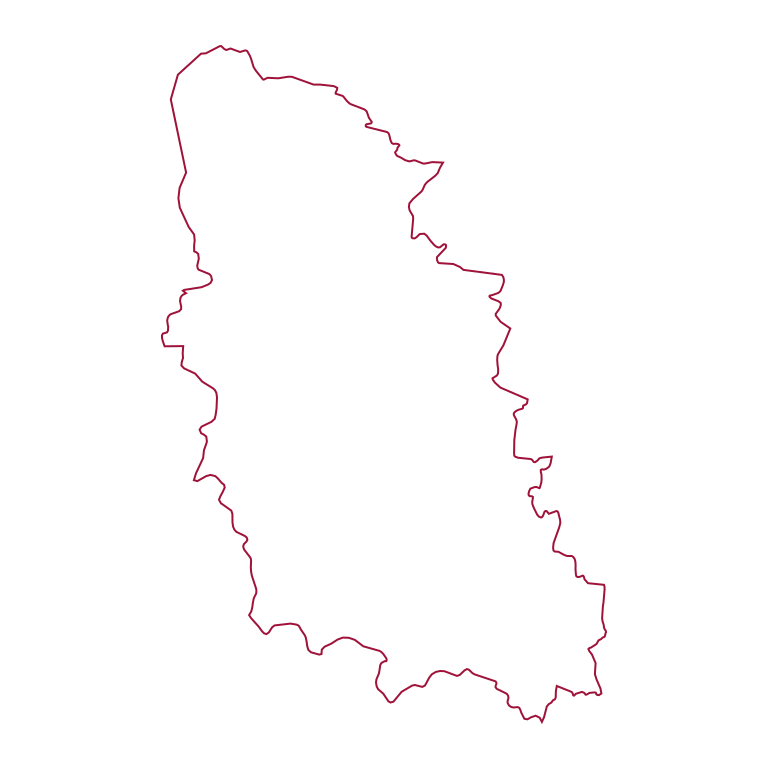 Pskov, Mercator projection
{"feature_id": "RUS-2335", "entity_name": "Pskov", "entity_type": "Region", "adm_level": 1, "iso_a3": "RUS", "parent_name": "Russia", "parent_adm1": "", "projection": "mercator", "projection_center": [29.766, 57.296], "detail": "fine", "context": "isolated", "style": "outline", "palette": "rose", "viewbox_px": 768, "rotation_deg": 0, "n_neighbors": 0, "source": "natural_earth", "source_scale": "10m", "svg_char_len": 6094}
<svg xmlns="http://www.w3.org/2000/svg" viewBox="0 0 768 768"><path d="M202.3,381.7L195.2,373.6L184.1,368.4L181.4,365.5L181.8,362.0L183.0,358.0L182.7,353.3L183.2,346.1L164.6,346.3L162.8,341.1L162.0,337.8L162.0,335.3L162.9,333.6L167.0,332.4L168.0,330.5L168.2,326.5L167.8,325.1L167.2,320.7L167.5,318.8L168.0,317.2L168.7,316.0L170.4,314.3L179.2,311.2L181.1,309.2L181.2,306.6L180.0,301.0L180.5,297.7L181.6,295.9L183.0,294.7L186.0,293.2L182.9,290.7L184.2,289.9L201.6,287.2L208.2,284.5L210.7,282.7L212.0,280.0L211.1,276.1L209.4,274.1L198.6,269.7L197.8,268.6L197.2,265.8L198.8,258.7L198.2,253.9L196.2,252.2L194.2,251.4L194.1,245.6L194.7,240.4L194.1,234.5L188.7,227.0L179.8,207.7L178.4,198.2L179.6,187.9L186.1,172.6L170.8,99.4L177.9,74.7L201.0,53.7L205.9,53.3L219.9,46.1L221.2,46.1L224.4,49.1L226.4,50.0L230.5,48.5L240.0,52.0L245.2,50.4L246.3,50.6L247.2,51.1L249.8,55.6L251.0,58.6L253.6,67.1L255.8,70.6L263.0,79.5L263.9,79.6L267.5,77.8L278.2,78.3L288.4,76.7L291.9,76.8L313.6,84.6L320.3,84.6L333.8,86.1L337.2,87.8L337.2,88.9L336.9,89.9L335.6,92.7L335.7,93.7L342.6,95.9L343.5,96.7L346.8,100.9L349.2,103.2L350.8,104.2L364.1,109.3L365.8,110.5L366.8,111.7L368.9,117.8L371.7,121.8L371.6,122.7L371.0,123.4L366.4,124.3L365.8,125.0L365.8,126.3L366.6,126.9L387.2,132.1L388.7,133.5L389.4,135.5L390.5,140.3L391.8,143.1L393.3,143.9L395.8,143.7L397.8,144.0L398.9,144.5L399.4,145.2L397.4,148.0L397.2,149.7L395.3,152.0L395.1,152.7L396.7,155.5L397.4,156.0L400.9,157.6L405.2,160.2L409.4,161.4L413.9,160.3L415.4,160.5L422.9,163.5L425.4,163.5L432.2,162.1L443.0,162.6L440.1,167.5L437.7,173.2L435.3,175.7L427.1,182.1L424.9,184.7L422.5,190.0L421.3,191.6L413.0,199.0L409.4,203.3L408.9,207.0L409.6,210.3L413.0,216.1L413.2,218.7L411.6,236.7L411.8,237.5L412.3,238.2L414.7,238.4L416.4,237.3L419.7,234.1L424.2,233.7L426.6,235.5L430.5,240.8L433.9,244.7L435.9,246.4L437.9,247.4L440.0,247.3L443.5,244.4L444.9,244.3L445.8,244.8L446.1,246.4L445.8,247.8L437.0,257.1L436.9,258.3L437.2,260.5L438.0,262.3L439.0,263.1L453.3,264.0L460.0,267.0L463.5,269.9L501.9,274.9L503.3,277.1L503.8,279.2L503.9,281.7L502.9,285.1L500.6,290.8L498.6,292.8L492.6,295.0L489.9,295.6L489.5,296.0L489.5,296.7L491.2,298.4L498.3,301.2L500.6,302.9L500.8,303.8L500.8,305.0L500.0,307.5L499.0,309.4L495.7,313.9L495.8,315.6L500.6,321.8L510.3,328.5L503.4,345.3L498.0,354.2L497.7,355.1L497.4,356.3L497.2,359.7L497.5,364.5L498.2,369.5L498.0,373.6L496.9,375.5L492.5,378.3L492.9,379.8L495.1,382.8L500.4,387.6L527.7,399.4L527.0,403.2L526.0,404.4L523.2,405.6L522.9,408.2L522.3,408.7L518.4,409.8L516.1,411.0L514.3,412.5L513.7,413.9L514.0,415.5L515.8,418.7L516.5,420.3L516.8,421.7L516.6,424.1L515.5,429.9L514.3,440.1L514.1,453.4L514.3,455.6L514.7,456.2L515.5,456.8L518.4,457.8L530.5,459.0L531.8,459.5L533.7,461.9L534.4,462.2L535.3,462.1L537.5,460.5L539.3,458.4L542.0,457.6L551.8,456.6L550.6,463.2L549.5,466.0L548.9,466.9L546.0,469.0L543.7,469.6L542.0,469.3L540.8,469.9L540.8,471.9L541.5,474.7L541.6,479.2L541.3,482.5L539.8,487.8L539.4,488.2L536.5,487.0L534.5,487.1L530.3,488.7L529.1,491.3L528.5,493.7L528.8,495.4L529.7,496.1L531.9,496.3L532.9,496.9L532.9,497.9L532.2,502.0L532.4,504.2L533.7,507.6L537.1,514.5L539.0,516.7L541.0,517.5L542.2,517.0L543.2,515.3L544.5,511.8L545.4,511.0L546.6,511.1L548.9,513.8L556.2,511.1L557.4,511.3L558.2,512.4L560.1,520.0L560.3,523.0L559.2,527.4L553.6,543.0L553.1,547.8L553.5,550.5L554.6,551.5L558.4,551.8L564.3,555.0L567.1,556.0L571.7,556.0L573.3,557.0L574.7,559.1L575.4,561.7L575.6,565.4L575.5,569.2L575.9,574.3L576.3,576.2L576.9,576.7L577.7,577.0L579.5,576.9L582.8,575.6L583.4,575.9L583.9,576.9L584.6,579.4L588.0,583.2L604.0,584.8L604.5,586.6L604.6,589.3L603.5,602.3L602.9,606.4L602.1,618.3L602.6,621.5L603.6,624.5L604.1,627.9L604.9,629.6L605.7,630.6L606.0,632.2L605.5,633.4L605.0,635.7L604.6,636.7L602.6,637.6L601.1,639.1L598.6,640.3L596.4,644.1L590.9,647.6L589.5,648.0L588.4,649.0L589.4,651.2L592.0,654.6L595.6,663.1L594.9,674.1L596.5,679.3L600.5,688.6L601.4,693.5L599.0,695.1L597.3,695.0L596.2,694.1L596.2,693.4L595.7,692.6L594.4,692.4L589.5,692.9L586.4,694.7L585.6,694.7L584.3,692.9L582.0,691.9L575.8,693.8L574.3,695.5L573.7,695.6L573.2,695.3L572.7,693.4L571.6,691.9L556.8,686.0L555.9,690.9L555.7,697.4L555.3,698.6L554.8,699.4L553.1,700.2L551.2,702.7L548.8,704.1L546.8,706.5L544.0,717.3L541.9,721.9L539.7,717.7L535.6,715.7L531.0,717.3L527.5,719.3L524.4,718.8L521.3,712.7L520.3,709.8L519.3,707.9L517.8,707.1L513.5,707.5L511.1,706.9L509.0,705.5L507.6,702.9L507.6,701.1L508.5,697.9L508.0,695.5L507.2,694.3L506.1,693.4L496.7,688.8L495.5,687.1L495.7,685.5L496.4,684.0L496.3,682.4L495.4,681.3L474.4,674.3L472.3,673.0L468.8,669.6L466.9,669.1L464.5,670.4L459.7,675.0L456.9,675.9L444.4,671.2L440.1,671.0L435.9,671.9L431.8,674.3L429.2,677.7L425.0,685.5L422.3,686.9L414.9,685.0L412.1,685.6L401.6,691.8L393.4,701.7L390.5,702.5L388.4,701.3L383.3,693.7L378.1,689.2L376.7,686.5L376.0,682.5L376.4,679.5L379.0,673.2L380.3,665.0L381.1,663.4L381.9,662.7L384.7,661.2L386.3,661.1L386.7,659.8L386.3,658.3L383.3,654.0L381.5,652.1L379.6,650.9L363.3,646.3L354.9,639.9L348.9,637.8L342.8,637.6L337.5,639.6L331.2,643.7L324.6,646.7L321.8,649.6L321.5,654.0L319.2,654.6L311.0,652.3L308.3,649.8L307.2,646.0L306.6,641.5L305.6,637.0L304.7,635.1L301.0,629.7L299.2,626.4L298.2,625.4L296.5,624.6L290.4,623.6L274.7,625.4L272.2,627.2L268.7,632.6L266.3,634.1L264.1,633.3L261.9,631.1L258.6,626.5L251.3,618.4L249.1,615.1L251.3,611.4L252.3,607.2L252.9,602.7L253.8,598.2L256.2,593.4L256.4,590.6L256.1,588.6L251.8,575.5L251.1,571.6L250.8,567.2L251.1,560.7L250.8,558.6L249.9,557.0L244.4,549.9L243.6,548.2L243.2,546.3L243.9,544.1L246.6,541.4L247.4,539.7L246.7,537.5L244.9,536.0L236.4,531.9L234.5,529.8L233.1,526.7L232.5,522.6L232.4,513.9L231.3,510.6L220.9,503.2L219.0,499.8L220.2,496.6L222.7,492.0L224.7,487.6L224.1,484.8L221.8,483.0L217.6,478.2L215.4,476.2L210.6,474.9L206.2,476.1L197.4,481.1L193.9,480.2L196.0,473.3L203.1,458.1L204.0,450.1L206.3,443.7L206.9,441.6L206.3,436.6L203.8,434.6L201.1,433.2L199.6,429.6L201.6,426.6L211.5,421.8L214.7,418.8L215.7,414.6L216.5,408.6L217.0,397.5L216.4,393.0L215.0,390.2L213.1,388.4L202.3,381.7Z" fill="none" stroke="#9f1239" stroke-width="2"/></svg>